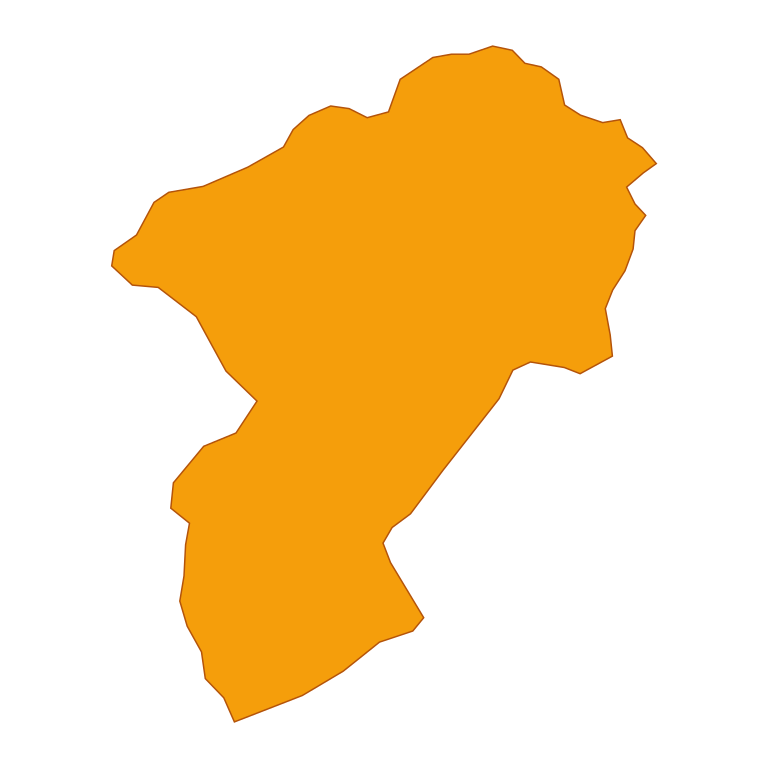 the district of Maturéia, Paraíba, Brazil
{"feature_id": "56859067B73053227370482", "entity_name": "Maturéia", "entity_type": "district", "adm_level": 2, "iso_a3": "BRA", "parent_name": "Brazil", "parent_adm1": "Paraíba", "projection": "mercator", "projection_center": [-37.357, -7.292], "detail": "fine", "context": "isolated", "style": "filled", "palette": "amber", "viewbox_px": 768, "rotation_deg": 0, "n_neighbors": 0, "source": "geoboundaries", "source_scale": "gbopen_adm2", "svg_char_len": 1047}
<svg xmlns="http://www.w3.org/2000/svg" viewBox="0 0 768 768"><path d="M234.4,721.9L302.3,695.5L343.3,671.1L379.5,642.1L412.8,631.0L423.7,617.7L390.5,562.6L383.0,543.1L392.1,527.5L410.5,513.8L442.8,470.5L499.0,398.8L512.9,370.1L530.4,362.0L564.3,367.5L580.1,373.7L612.4,356.1L610.2,335.0L605.3,308.6L612.7,290.0L625.0,270.8L633.1,249.0L635.0,230.7L645.7,215.4L635.0,204.0L626.6,187.1L643.4,172.8L656.3,163.6L642.5,147.7L627.6,137.9L620.2,119.7L602.7,122.6L580.4,115.1L564.6,105.0L558.8,79.3L541.3,66.9L524.9,63.3L512.3,50.3L492.6,46.1L469.0,54.2L451.5,54.2L432.8,57.5L400.2,79.3L388.5,111.9L367.2,117.7L349.1,108.6L330.7,106.0L309.0,115.4L293.2,129.5L283.5,147.0L247.7,167.2L203.1,186.4L168.8,192.3L154.0,202.4L146.5,216.4L136.5,235.0L114.2,250.6L111.7,265.9L132.3,285.1L158.2,287.4L196.3,316.7L212.8,347.0L226.0,371.1L257.0,401.1L236.0,433.0L203.7,446.3L173.4,482.8L170.8,508.2L189.5,523.2L185.6,544.7L184.0,576.0L179.8,601.1L187.2,626.2L201.5,651.9L205.3,678.6L223.8,697.8L234.4,721.9Z" fill="#f59e0b" stroke="#b45309" stroke-width="1.5"/></svg>